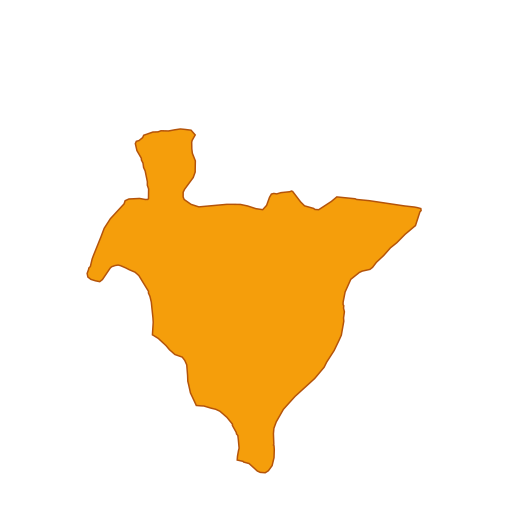 the district of Chichicastenango, Quiché, Guatemala, rotated 137°
{"feature_id": "79465075B12794992131800", "entity_name": "Chichicastenango", "entity_type": "district", "adm_level": 2, "iso_a3": "GTM", "parent_name": "Guatemala", "parent_adm1": "Quiché", "projection": "albers", "projection_center": [-91.088, 14.889], "detail": "fine", "context": "isolated", "style": "filled", "palette": "amber", "viewbox_px": 512, "rotation_deg": 137, "n_neighbors": 0, "source": "geoboundaries", "source_scale": "gbopen_adm2", "svg_char_len": 2313}
<svg xmlns="http://www.w3.org/2000/svg" viewBox="0 0 512 512"><g transform="rotate(137 256 256)"><path d="M225.7,159.8L225.5,161.0L223.8,162.8L215.4,168.9L202.6,174.3L191.7,173.5L188.6,172.5L181.8,168.5L178.5,168.2L172.2,169.3L162.2,169.3L152.1,170.3L144.1,169.7L132.1,170.2L118.6,169.5L106.0,176.5L104.3,176.6L103.1,178.3L105.1,181.5L106.7,183.7L113.3,191.4L135.5,219.3L143.9,228.8L144.5,230.3L156.6,244.1L163.7,244.5L178.6,247.1L181.2,249.9L181.4,251.5L186.3,259.6L186.5,265.1L185.2,278.2L185.7,279.3L187.5,280.0L194.5,285.3L198.5,287.3L200.3,289.6L202.5,290.8L206.1,289.7L213.7,285.8L219.5,285.3L223.8,290.7L228.0,298.3L232.2,304.3L237.3,309.2L242.0,313.6L264.3,330.9L268.3,338.1L270.0,346.3L269.0,348.9L265.8,352.3L262.8,353.5L248.4,356.2L243.2,358.9L241.8,360.4L235.5,366.9L232.5,374.5L229.9,378.1L225.5,383.0L223.9,384.1L217.9,386.0L217.7,392.3L221.6,397.0L224.7,400.5L229.2,403.6L234.7,407.1L240.1,412.4L243.0,413.6L246.9,417.0L255.8,420.9L258.1,419.9L262.8,420.2L265.3,421.5L267.6,420.5L271.2,414.3L273.2,405.7L274.3,404.4L275.3,401.0L277.9,397.3L279.0,393.9L284.8,384.4L287.2,381.9L288.8,378.3L295.5,371.3L296.6,371.2L298.4,372.8L301.9,377.5L310.1,384.4L314.0,385.7L316.9,384.1L337.0,382.6L348.1,379.8L356.4,375.7L374.6,367.2L377.8,365.6L384.3,361.3L386.5,361.2L387.5,360.4L391.4,358.4L393.3,355.3L392.7,351.5L390.3,347.3L387.8,343.8L384.4,343.5L370.9,346.6L368.9,346.6L365.5,345.1L363.0,343.4L361.7,341.4L359.4,336.2L358.0,332.3L355.5,326.7L355.0,321.6L358.7,303.5L359.9,302.3L361.1,298.8L364.0,293.7L373.6,281.0L376.4,277.6L385.5,269.0L383.7,262.5L382.9,251.9L383.2,246.5L382.5,239.3L378.9,232.4L379.3,228.2L380.9,223.6L387.5,215.3L391.3,210.9L393.1,207.7L397.3,200.6L400.8,189.8L401.6,187.4L398.7,184.2L396.4,181.8L392.6,175.3L390.0,171.4L388.3,167.2L387.3,157.9L387.9,149.1L388.8,148.2L390.8,140.3L391.6,139.2L391.7,137.1L394.2,133.7L399.4,127.0L401.4,125.7L406.2,122.1L408.9,119.6L405.5,114.6L405.6,113.8L402.6,108.9L401.7,97.9L400.5,94.9L397.1,91.2L393.4,90.5L387.2,91.7L380.4,96.2L374.8,101.8L372.2,105.0L372.2,105.9L371.4,106.1L364.4,114.2L360.4,117.8L354.3,120.9L340.5,125.2L323.3,126.7L314.7,126.6L296.6,126.4L282.0,128.2L276.7,130.2L263.3,133.6L252.8,137.7L247.6,139.9L236.3,148.4L234.2,151.0L229.4,154.9L227.6,158.1L225.7,159.8Z" fill="#f59e0b" stroke="#b45309" stroke-width="1.5"/></g></svg>